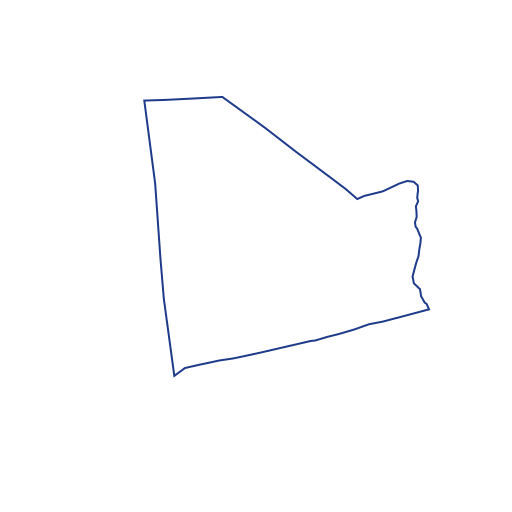 the district of Magta lahjar, Brakna, Mauritania, rotated 301°
{"feature_id": "47542326B18376526841546", "entity_name": "Magta lahjar", "entity_type": "district", "adm_level": 2, "iso_a3": "MRT", "parent_name": "Mauritania", "parent_adm1": "Brakna", "projection": "mercator", "projection_center": [-12.791, 17.745], "detail": "fine", "context": "isolated", "style": "outline", "palette": "blue", "viewbox_px": 512, "rotation_deg": 301, "n_neighbors": 0, "source": "geoboundaries", "source_scale": "gbopen_adm2", "svg_char_len": 848}
<svg xmlns="http://www.w3.org/2000/svg" viewBox="0 0 512 512"><g transform="rotate(301 256 256)"><path d="M299.4,431.8L302.8,426.9L302.9,424.7L306.5,418.3L312.0,413.7L313.9,405.4L319.0,400.8L327.6,398.3L330.0,397.6L334.1,396.5L339.5,395.4L345.7,392.6L352.2,390.1L356.6,387.9L362.6,379.8L363.2,377.9L366.6,375.0L372.2,373.6L376.8,370.6L380.9,367.5L386.4,366.8L388.8,364.3L392.7,362.4L395.3,361.4L399.8,358.3L400.8,352.9L398.2,347.0L392.0,341.6L376.6,331.3L363.2,317.8L357.0,313.5L359.6,298.4L361.6,279.5L365.9,236.8L370.6,197.0L375.0,145.2L360.3,123.5L343.5,98.5L331.7,80.2L266.1,132.3L204.6,175.4L171.9,199.0L111.2,247.7L123.4,252.8L133.1,262.9L139.2,269.5L147.4,278.2L156.6,289.4L173.6,307.6L211.2,346.5L214.1,350.3L223.3,358.7L231.5,366.9L243.1,377.6L255.7,388.0L265.0,398.4L299.4,431.8Z" fill="none" stroke="#1e3a8a" stroke-width="2"/></g></svg>